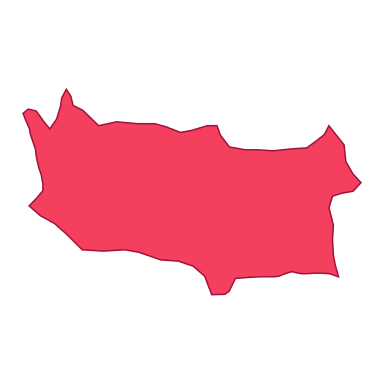 Kato Dikomo, Cyprus (Equal Earth projection)
{"feature_id": "46923920B88544101025022", "entity_name": "Kato Dikomo", "entity_type": "district", "adm_level": 2, "iso_a3": "CYP", "parent_name": "Cyprus", "parent_adm1": "", "projection": "equal_earth", "projection_center": [33.315, 35.258], "detail": "fine", "context": "isolated", "style": "filled", "palette": "rose", "viewbox_px": 384, "rotation_deg": 0, "n_neighbors": 0, "source": "geoboundaries", "source_scale": "gbopen_adm2", "svg_char_len": 1131}
<svg xmlns="http://www.w3.org/2000/svg" viewBox="0 0 384 384"><path d="M211.7,294.7L225.0,294.3L229.2,291.2L235.4,278.4L242.5,277.9L250.1,277.3L259.5,276.8L267.1,276.8L273.3,276.8L278.5,276.3L285.1,273.7L291.7,271.7L301.2,273.7L306.4,273.7L314.4,273.2L321.5,273.2L329.6,273.7L338.6,276.8L335.2,264.8L333.4,255.1L332.5,239.7L333.4,225.2L329.0,207.8L332.5,196.2L341.4,193.3L353.0,191.3L361.0,182.7L353.0,174.0L345.8,161.4L344.1,145.0L328.9,125.7L324.5,134.4L317.4,140.1L306.7,147.9L292.5,148.8L273.0,150.8L257.8,149.8L245.4,149.8L229.4,146.9L220.5,135.3L217.0,125.7L207.2,125.7L191.2,130.5L180.5,132.4L165.4,126.6L154.7,123.7L137.8,123.7L116.5,121.8L98.7,125.7L82.8,110.3L73.1,105.4L70.8,96.1L66.3,89.3L61.7,98.0L60.6,106.0L56.6,119.0L49.8,128.9L44.7,122.7L36.1,110.9L28.2,109.1L23.0,113.4L26.5,122.1L29.3,128.3L30.4,134.4L32.7,141.2L35.5,149.3L36.1,155.4L37.3,161.6L39.0,168.4L41.2,174.6L42.9,183.9L42.9,190.7L36.7,198.1L29.1,205.9L40.6,215.9L54.5,223.5L67.2,234.8L82.2,249.8L103.0,251.1L125.0,249.8L138.9,252.3L160.8,259.9L178.1,261.1L193.2,266.2L204.7,276.2L211.7,294.7Z" fill="#f43f5e" stroke="#9f1239" stroke-width="1.5"/></svg>